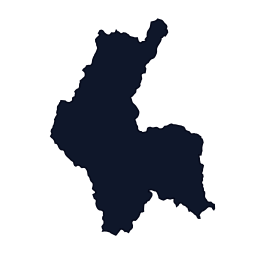 Serro, Minas Gerais, Brazil (Natural Earth projection), rotated 354°
{"feature_id": "56859067B85818855458350", "entity_name": "Serro", "entity_type": "district", "adm_level": 2, "iso_a3": "BRA", "parent_name": "Brazil", "parent_adm1": "Minas Gerais", "projection": "natural_earth1", "projection_center": [-43.38, -18.518], "detail": "fine", "context": "isolated", "style": "filled", "palette": "ink", "viewbox_px": 256, "rotation_deg": 354, "n_neighbors": 0, "source": "geoboundaries", "source_scale": "gbopen_adm2", "svg_char_len": 5853}
<svg xmlns="http://www.w3.org/2000/svg" viewBox="0 0 256 256"><g transform="rotate(354 128 128)"><path d="M190.0,225.2L189.9,223.7L189.3,222.1L190.6,220.3L191.7,219.3L192.4,218.4L193.5,218.2L194.7,217.7L196.7,216.5L198.0,215.4L199.4,214.6L200.8,214.5L202.4,215.0L203.7,215.6L204.0,217.1L204.8,218.1L205.5,217.1L205.7,213.1L204.3,212.5L203.5,211.6L202.7,210.6L200.8,210.5L199.1,209.8L198.4,208.0L197.1,206.0L196.7,204.1L197.0,202.3L197.3,201.0L197.3,199.6L196.3,199.0L196.4,197.6L196.4,195.8L195.7,194.1L196.2,192.5L195.6,191.4L195.2,190.3L195.5,189.1L196.5,187.7L196.5,185.7L197.4,184.2L197.3,182.4L196.3,181.5L196.5,179.9L197.4,178.3L197.7,176.4L198.3,175.0L198.9,173.2L197.9,172.1L196.7,171.8L195.8,170.6L195.5,167.3L195.7,165.5L195.4,164.3L195.6,162.2L197.7,162.3L198.2,160.1L199.0,158.4L199.0,156.9L199.2,154.9L199.7,153.2L200.3,151.6L201.0,150.3L200.8,148.5L200.4,146.8L199.3,146.2L199.3,144.3L198.1,143.5L197.1,142.3L195.5,141.4L194.3,141.2L193.2,140.7L191.8,140.7L190.5,140.9L189.3,139.8L188.4,138.3L187.3,137.8L185.7,137.1L184.5,135.8L184.2,134.4L183.4,133.0L182.0,132.4L181.1,131.8L178.2,131.0L176.7,130.4L175.3,130.0L172.9,129.6L171.9,128.8L170.6,128.9L169.5,129.3L168.1,130.0L166.4,130.4L164.9,130.3L164.0,131.0L163.1,132.0L161.7,132.5L160.2,132.5L158.7,132.2L157.4,131.0L156.1,130.5L153.0,130.8L151.5,130.5L150.5,129.9L149.0,129.8L147.6,130.4L147.0,132.4L146.1,133.9L144.4,134.1L141.8,134.3L140.7,133.1L139.5,133.0L138.4,132.1L137.2,130.3L137.4,128.7L137.4,127.3L136.6,125.9L136.3,124.5L136.2,123.0L135.7,121.4L135.5,120.1L136.5,119.1L138.0,118.2L139.1,116.8L139.9,115.0L140.3,113.1L139.9,111.6L138.6,108.8L137.7,107.1L136.7,105.8L135.7,104.7L134.8,103.5L134.3,101.6L134.1,99.8L133.6,98.3L134.1,97.0L135.4,96.6L136.3,95.8L137.1,94.9L138.4,93.9L139.3,92.9L139.5,91.5L140.1,89.8L142.0,89.0L143.3,88.1L144.2,87.0L144.1,85.1L145.2,83.4L145.6,82.1L146.5,80.6L146.5,79.0L146.4,77.5L146.7,75.7L147.9,75.1L149.0,74.7L150.7,74.7L151.2,72.8L151.7,70.8L150.9,68.8L151.6,67.3L152.4,66.3L153.4,65.5L154.8,64.9L156.0,63.4L156.9,62.4L158.3,61.5L159.8,61.1L160.9,60.7L161.9,59.7L162.8,58.3L163.7,56.7L164.2,55.0L164.3,53.2L164.6,51.6L165.6,49.7L166.6,48.4L167.5,47.3L169.2,45.0L170.0,43.3L170.2,41.6L171.7,41.2L172.5,40.3L173.4,39.7L174.7,40.2L176.0,38.6L177.3,36.9L177.1,34.7L175.6,33.9L176.6,32.7L177.1,31.1L176.7,29.8L174.7,27.4L174.0,26.1L173.1,24.9L172.2,24.3L170.6,23.7L168.9,22.9L167.6,24.1L165.7,24.8L162.3,25.2L161.9,26.6L161.1,29.5L160.5,30.9L159.3,32.5L158.2,33.7L157.5,35.0L157.0,37.1L156.9,39.4L155.6,40.5L154.6,41.6L155.3,42.6L154.5,43.5L152.9,43.9L151.3,43.7L150.2,44.7L149.2,44.7L148.1,44.2L147.2,42.9L146.8,41.2L146.6,39.4L144.1,39.3L142.6,38.6L141.1,38.1L139.1,37.3L138.0,35.5L136.8,34.7L135.6,33.6L133.4,33.0L131.9,33.7L130.5,33.7L128.4,31.5L127.4,31.3L126.5,29.8L125.4,32.0L123.5,32.2L121.6,31.8L120.5,33.0L119.3,33.8L118.0,33.6L116.4,33.1L115.4,32.1L114.4,31.3L113.7,29.9L112.9,28.7L111.7,28.1L110.3,28.3L109.4,29.7L108.6,30.7L109.7,32.0L109.0,33.6L107.8,34.3L106.6,35.2L105.2,36.6L105.1,38.7L105.8,40.7L105.7,42.4L106.2,43.8L106.4,45.6L104.7,49.0L103.9,50.3L102.9,51.5L102.3,52.9L101.5,53.8L100.2,56.5L99.8,58.1L99.4,59.7L98.7,60.9L97.6,61.9L96.5,62.0L94.9,61.8L93.3,62.0L92.5,63.5L90.1,64.8L89.2,65.8L90.4,67.1L91.2,68.3L91.3,70.0L91.0,72.0L90.1,73.1L88.7,74.0L87.2,75.2L85.6,76.1L85.6,77.8L84.8,79.1L84.5,80.6L84.3,82.1L83.3,83.9L81.6,84.3L80.3,85.1L79.1,86.3L79.7,87.7L79.2,89.2L78.8,91.4L77.2,91.8L76.2,92.4L76.1,94.1L75.5,95.5L72.5,96.8L70.9,96.5L69.5,96.0L68.3,94.7L66.9,94.4L64.2,93.9L63.7,95.4L62.7,96.1L62.3,97.3L61.3,98.2L60.4,99.3L60.1,100.7L60.0,102.4L59.4,103.6L58.9,105.1L59.3,107.7L57.9,109.0L56.8,110.8L56.0,112.0L56.2,113.3L55.0,117.0L54.0,118.3L53.5,120.1L51.9,121.8L51.4,123.5L51.8,124.9L51.8,126.2L51.0,127.1L50.3,128.1L51.2,129.4L52.3,130.4L53.4,132.0L53.9,133.8L54.0,135.3L55.6,135.8L56.6,137.1L57.5,140.0L58.2,141.4L59.3,142.5L60.8,142.7L62.1,143.4L62.7,144.8L63.0,146.6L63.5,148.0L64.4,149.4L65.5,150.7L66.6,151.9L67.5,153.0L68.3,154.0L70.5,155.8L70.7,158.1L71.2,159.6L72.2,160.3L73.8,159.5L75.3,159.8L76.3,160.4L77.1,161.6L78.0,162.4L79.5,162.3L80.8,162.5L81.9,163.3L82.5,164.5L83.2,165.9L83.5,167.5L83.5,169.1L83.6,170.8L84.4,172.0L85.1,173.4L85.3,175.0L85.8,176.7L86.7,177.8L87.6,179.1L87.7,180.9L87.4,182.1L86.5,184.7L87.3,185.8L88.8,187.0L89.4,189.0L88.1,190.1L86.4,190.6L86.8,192.4L87.3,194.5L88.4,195.2L89.2,196.6L88.8,198.4L88.4,199.6L88.5,201.4L89.1,203.6L89.9,205.2L91.0,206.2L93.0,206.7L94.4,207.6L95.1,209.0L94.7,211.1L95.0,212.4L93.9,213.7L93.5,215.0L93.6,216.3L94.6,217.5L94.5,219.4L94.1,221.1L93.1,222.1L92.0,223.3L92.2,225.0L92.8,226.3L92.1,227.8L93.8,227.7L96.5,228.2L97.9,228.8L99.2,229.3L100.4,230.5L101.9,231.4L103.1,232.2L104.7,233.1L105.7,232.2L106.5,231.2L107.5,230.3L108.6,229.1L109.8,227.7L111.4,227.8L112.6,228.4L113.4,229.4L114.2,230.5L115.4,230.3L117.6,231.8L118.5,230.5L119.5,229.3L120.9,228.5L121.8,227.3L122.1,225.2L121.6,223.1L121.8,221.8L122.7,220.6L124.1,220.0L125.5,220.5L126.8,219.7L128.1,218.3L129.3,217.1L131.2,213.3L132.5,212.6L133.6,212.8L134.7,212.4L134.7,210.6L135.0,208.9L135.3,207.0L135.8,205.3L136.7,204.5L138.1,204.2L139.1,202.7L141.5,201.8L142.5,200.4L143.4,199.4L144.5,197.8L144.8,196.0L144.0,194.7L143.0,193.9L141.8,193.4L142.1,192.0L143.7,191.5L145.1,191.6L147.8,193.0L149.3,193.4L150.2,194.4L150.8,195.9L151.3,197.6L151.7,199.2L151.7,200.7L152.6,201.5L154.0,202.4L155.8,203.2L157.1,202.8L158.2,202.3L159.3,201.9L160.4,202.0L161.5,202.6L162.8,202.9L164.1,202.6L165.8,202.5L166.7,202.9L166.4,204.5L166.2,206.3L166.9,207.7L168.0,209.0L168.2,210.9L169.6,210.0L170.4,208.8L171.4,207.9L172.8,207.8L174.1,208.5L174.8,209.8L175.9,210.5L177.4,211.0L177.9,212.2L179.4,213.2L179.8,215.4L180.2,217.0L181.6,216.6L183.0,217.9L184.3,219.0L185.2,220.3L186.2,221.1L187.3,222.1L187.7,223.6L188.5,225.0L190.0,225.2Z" fill="#0f172a" stroke="#020617" stroke-width="1.5"/></g></svg>